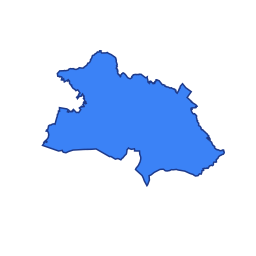 the district of Malu Cu Flori, Dâmbovita, Romania, rotated 221°
{"feature_id": "2599482B3623711215230", "entity_name": "Malu Cu Flori", "entity_type": "district", "adm_level": 2, "iso_a3": "ROU", "parent_name": "Romania", "parent_adm1": "Dâmbovita", "projection": "natural_earth1", "projection_center": [25.228, 45.153], "detail": "fine", "context": "isolated", "style": "filled", "palette": "blue", "viewbox_px": 256, "rotation_deg": 221, "n_neighbors": 0, "source": "geoboundaries", "source_scale": "gbopen_adm2", "svg_char_len": 5942}
<svg xmlns="http://www.w3.org/2000/svg" viewBox="0 0 256 256"><g transform="rotate(221 128 128)"><path d="M198.8,168.5L199.8,168.0L200.1,167.6L199.7,166.6L199.8,166.1L201.0,165.3L200.9,163.5L201.5,162.6L201.4,161.4L201.5,160.8L202.3,159.5L202.3,159.2L201.3,157.0L201.1,155.3L200.8,155.0L200.9,154.7L200.6,154.6L200.1,153.1L200.2,151.5L200.5,150.7L200.8,150.6L200.3,148.4L201.1,144.8L200.9,144.3L201.5,143.5L202.2,142.9L204.4,141.5L204.4,140.4L205.4,138.4L206.6,137.4L207.3,137.1L207.8,137.2L207.9,136.9L208.6,136.6L209.0,136.0L210.5,135.0L211.2,133.6L211.1,132.3L212.7,130.3L213.8,129.6L213.8,129.3L217.0,126.3L217.0,123.8L217.1,122.8L215.0,121.0L214.0,121.7L213.6,121.6L213.6,121.9L213.0,121.9L212.7,122.1L212.7,122.5L211.5,123.0L210.6,122.6L210.6,122.2L209.9,120.6L209.2,120.9L208.8,121.4L209.1,121.6L208.9,121.8L208.8,122.8L206.3,121.0L204.8,125.0L204.1,124.1L203.7,125.1L202.9,125.0L201.5,123.4L199.6,122.9L199.0,123.3L198.5,122.9L198.4,123.1L197.9,122.5L195.5,121.9L193.2,122.3L192.8,122.1L192.3,122.2L191.8,122.0L191.0,123.8L190.1,123.7L187.2,122.9L187.4,121.0L186.9,120.6L186.7,120.0L186.9,117.5L186.3,117.5L185.4,117.0L185.4,118.7L185.6,119.8L184.2,121.2L184.1,121.8L184.6,122.7L184.6,123.9L183.4,123.3L182.0,123.2L181.9,122.9L182.0,122.4L180.5,121.8L180.8,121.0L179.9,120.9L178.0,120.0L178.1,119.3L177.2,120.1L176.9,119.7L175.6,119.2L176.1,118.3L178.2,118.2L177.4,116.9L177.4,116.1L176.4,116.0L175.2,115.5L175.2,115.3L177.4,113.9L177.4,113.7L176.6,113.7L177.6,112.4L177.6,111.6L177.9,111.4L177.9,111.2L175.7,110.9L175.3,107.3L176.2,106.8L177.1,105.8L181.4,106.2L181.4,105.0L180.7,104.9L180.7,104.1L181.4,104.2L181.5,103.1L181.9,103.1L182.0,102.6L183.3,102.5L183.1,101.0L184.4,100.5L184.6,101.3L184.8,101.5L184.8,102.6L186.7,102.3L193.1,98.4L190.7,95.8L191.6,95.2L190.5,93.8L189.8,91.8L190.0,91.7L188.7,89.9L188.7,89.4L187.9,87.7L185.6,83.0L186.4,82.8L187.5,81.5L187.9,80.6L187.9,80.1L189.1,78.6L189.3,77.4L188.2,75.6L187.2,73.3L188.1,73.0L187.7,72.0L186.7,72.8L185.1,72.3L183.2,70.8L182.8,69.8L182.0,68.8L181.7,66.3L181.9,64.7L180.2,64.5L180.0,63.8L182.1,63.3L182.1,62.0L181.5,62.1L181.1,58.8L165.3,65.1L162.9,68.0L161.8,67.3L160.7,67.4L158.6,68.6L157.4,71.3L155.0,75.3L147.1,83.0L142.0,87.6L138.3,91.3L123.2,94.3L122.2,95.3L117.1,96.2L116.0,97.9L115.0,98.6L112.5,99.3L112.6,101.4L112.3,101.9L112.4,105.2L112.2,107.1L112.6,108.1L114.5,111.0L114.4,112.1L114.5,113.2L113.6,113.3L111.5,114.1L109.5,116.5L108.7,115.9L108.0,115.0L104.2,118.2L102.0,116.0L99.3,114.4L98.1,113.1L96.7,110.5L95.6,106.5L95.5,102.9L95.1,101.6L86.2,101.4L83.5,100.2L81.0,98.8L75.9,96.9L76.0,98.1L77.7,102.8L80.8,105.8L79.8,107.8L79.1,111.7L76.7,117.7L74.9,119.5L74.0,120.2L71.8,120.2L70.3,121.2L68.6,123.3L67.9,125.1L66.6,126.0L64.3,128.5L62.8,129.1L56.9,132.7L51.3,134.4L48.2,135.7L47.0,135.7L45.5,136.1L43.9,138.0L44.0,140.2L42.5,141.3L43.2,142.8L43.4,143.4L44.2,144.4L44.0,145.1L43.4,145.3L43.5,145.7L43.3,146.0L44.2,146.6L44.6,146.7L43.7,147.9L42.6,148.6L42.1,149.7L41.6,149.7L41.1,150.3L41.6,152.7L41.5,153.1L40.9,153.9L40.7,154.6L39.5,155.1L39.4,156.1L39.7,156.6L40.5,157.5L40.8,158.5L39.9,159.5L39.3,159.8L39.0,160.4L40.6,162.0L40.4,163.1L40.3,164.5L40.7,165.2L40.7,166.4L40.4,167.7L39.9,168.6L39.5,169.9L38.9,170.7L38.9,171.1L39.1,172.4L39.8,173.1L40.7,173.1L41.1,174.0L41.4,174.1L42.1,173.6L42.7,172.2L43.7,171.2L45.5,170.8L46.0,170.3L46.9,170.1L47.1,169.8L49.7,169.8L50.3,170.8L51.2,170.9L51.7,170.7L52.9,170.8L54.8,171.6L55.4,172.1L57.0,172.1L58.6,172.4L59.7,172.0L61.0,172.3L61.9,172.2L61.7,173.2L59.5,173.0L58.8,172.6L58.5,172.7L58.4,173.0L59.0,173.6L61.1,174.3L61.6,174.3L62.0,175.1L63.5,175.0L64.2,175.4L66.9,175.4L67.9,175.6L69.2,175.4L70.1,175.7L70.6,175.6L71.1,175.1L71.8,175.4L72.3,175.2L73.2,176.2L73.4,176.1L73.9,176.4L74.8,176.6L76.0,176.2L76.6,176.4L76.8,177.0L77.8,178.0L78.9,178.0L80.1,178.5L80.2,179.1L80.4,179.2L81.1,179.1L82.0,180.0L83.2,180.7L83.7,181.6L84.3,182.2L84.6,182.0L85.3,182.4L86.1,182.3L87.1,182.5L87.5,182.2L87.8,181.6L88.6,181.5L90.5,182.0L92.4,183.2L92.1,183.7L92.9,183.8L93.2,184.1L92.3,184.6L92.9,185.2L90.5,187.4L90.1,188.1L90.9,188.5L90.1,189.7L90.3,189.8L92.1,190.0L96.6,189.3L96.6,189.5L97.6,189.4L97.6,189.7L103.4,189.8L104.1,196.9L110.9,196.3L115.9,197.2L115.9,193.8L114.9,192.2L115.2,191.8L114.8,191.0L114.8,190.5L114.5,190.2L113.7,186.5L114.7,186.5L115.1,186.9L115.9,186.7L116.5,187.2L116.4,187.5L116.6,187.9L118.1,187.6L118.1,187.9L118.5,187.9L119.3,187.3L119.8,187.3L120.8,186.8L121.7,186.8L122.6,185.7L124.4,185.3L125.6,184.6L125.9,184.3L126.3,184.2L126.5,184.3L127.0,183.9L127.6,183.8L128.1,184.4L129.7,183.9L130.5,183.2L135.5,184.1L136.4,183.8L136.6,183.5L137.4,183.5L138.1,183.2L138.5,182.7L138.3,182.4L137.8,182.3L137.8,181.3L137.6,180.9L138.1,180.6L137.8,180.2L137.9,179.6L137.6,179.4L138.2,178.9L138.0,178.6L137.6,178.6L138.2,177.9L139.4,178.2L139.8,178.0L140.2,178.0L140.6,178.3L141.3,178.3L141.5,178.0L141.9,178.0L142.3,177.1L142.2,176.7L142.3,176.4L141.8,176.3L141.4,176.4L141.6,176.0L141.4,175.7L143.1,175.8L144.4,177.1L146.7,178.6L147.0,179.1L147.3,178.1L147.8,177.4L153.5,177.1L154.2,176.3L154.7,176.1L154.7,175.7L155.2,175.4L155.2,175.1L156.6,174.1L156.7,173.7L157.6,173.3L158.9,171.6L158.7,171.2L158.9,169.4L158.8,169.1L158.1,168.6L158.7,166.6L160.2,166.0L161.5,165.8L164.2,166.5L165.8,166.7L167.5,166.6L168.0,166.2L167.9,165.7L168.3,164.8L168.1,164.3L168.2,163.0L167.3,162.0L167.3,161.7L167.6,161.6L168.8,162.5L169.2,162.1L169.7,162.2L169.9,162.4L170.5,162.1L171.1,162.5L171.9,162.6L172.6,163.8L173.2,163.8L173.4,164.0L173.2,164.4L173.6,164.8L173.9,164.7L174.3,165.2L175.6,165.2L175.5,165.6L176.2,165.8L176.5,166.6L176.5,166.9L177.2,167.3L176.9,167.7L177.1,167.8L177.6,167.8L177.8,168.8L180.5,170.4L181.4,171.6L181.9,171.7L182.4,172.3L183.0,172.4L183.3,172.8L185.1,172.9L185.6,172.6L186.2,172.7L188.8,172.4L192.0,171.4L193.0,171.5L193.3,171.3L193.5,170.7L194.2,169.9L197.0,167.4L197.4,167.4L198.3,167.6L198.7,168.1L198.8,168.5Z" fill="#3b82f6" stroke="#1e3a8a" stroke-width="1.5"/></g></svg>